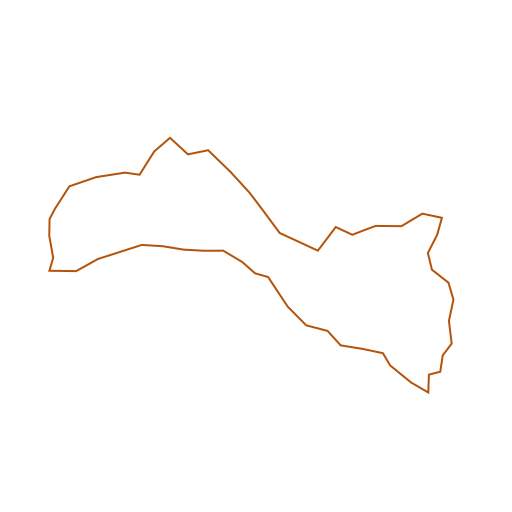 the district of Karavostasi, Cyprus, rotated 192°
{"feature_id": "46923920B41676558074930", "entity_name": "Karavostasi", "entity_type": "district", "adm_level": 2, "iso_a3": "CYP", "parent_name": "Cyprus", "parent_adm1": "", "projection": "robinson", "projection_center": [32.819, 35.141], "detail": "fine", "context": "isolated", "style": "outline", "palette": "amber", "viewbox_px": 512, "rotation_deg": 192, "n_neighbors": 0, "source": "geoboundaries", "source_scale": "gbopen_adm2", "svg_char_len": 861}
<svg xmlns="http://www.w3.org/2000/svg" viewBox="0 0 512 512"><g transform="rotate(192 256 256)"><path d="M184.0,300.9L196.6,274.1L237.6,283.4L258.6,302.0L275.4,316.5L298.5,333.0L310.3,340.4L324.8,349.5L343.7,341.3L364.7,353.7L377.3,337.1L386.8,311.3L401.5,310.3L428.8,299.9L453.0,285.4L462.4,260.6L465.6,249.3L462.4,232.7L454.0,212.1L455.0,198.6L428.8,203.8L409.9,220.3L389.9,231.7L370.0,243.1L349.0,246.2L328.0,247.2L308.0,250.3L289.1,254.4L268.1,247.2L253.4,238.9L239.7,237.9L225.0,223.4L214.5,213.1L201.9,204.8L192.4,198.6L170.4,197.6L154.6,186.2L131.5,187.3L111.6,187.3L102.1,176.9L78.0,164.5L59.1,158.3L62.2,175.9L51.7,181.1L52.7,197.6L46.4,211.0L53.8,232.7L53.8,254.4L62.2,269.9L81.1,279.2L88.5,294.7L83.2,314.4L82.1,332.0L102.1,332.0L120.0,315.4L145.2,310.3L156.7,303.0L166.2,296.8L184.0,300.9Z" fill="none" stroke="#b45309" stroke-width="2"/></g></svg>